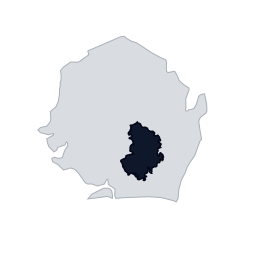 Bo, Southern, Sierra Leone (highlighted), rotated 337°
{"feature_id": "65957751B93581480515289", "entity_name": "Bo", "entity_type": "district", "adm_level": 2, "iso_a3": "SLE", "parent_name": "Sierra Leone", "parent_adm1": "Southern", "projection": "mercator", "projection_center": [-11.769, 7.985], "detail": "fine", "context": "in_parent", "style": "filled", "palette": "ink", "viewbox_px": 256, "rotation_deg": 337, "n_neighbors": 0, "source": "geoboundaries", "source_scale": "gbopen_adm2", "svg_char_len": 7241}
<svg xmlns="http://www.w3.org/2000/svg" viewBox="0 0 256 256"><g transform="rotate(337 128 128)"><path d="M211.7,126.3L211.5,128.0L209.9,136.1L207.4,143.0L205.7,144.7L198.7,146.5L195.7,149.5L193.1,159.4L191.4,167.0L189.0,168.3L178.6,179.5L171.8,183.7L167.1,187.3L162.6,192.0L156.9,196.6L150.9,204.3L146.5,212.4L143.6,214.9L141.4,212.6L131.0,204.7L120.1,199.3L96.9,190.5L89.2,188.0L89.5,184.8L92.2,179.1L87.8,172.3L89.5,167.4L87.8,167.4L84.5,170.3L77.4,169.5L72.7,165.3L68.9,163.7L67.2,161.6L64.8,150.4L63.0,145.4L59.5,142.3L52.3,141.5L49.4,134.7L45.4,129.4L46.1,126.1L49.3,126.3L51.8,128.7L55.9,129.7L60.9,124.0L65.5,120.9L66.5,118.2L65.9,116.7L63.2,119.0L55.7,118.4L53.8,120.5L50.5,121.1L47.9,114.4L48.0,110.5L49.1,106.2L56.7,105.4L57.3,104.0L52.1,103.1L45.5,98.0L44.3,94.6L47.6,93.4L50.7,93.9L53.4,94.6L56.3,93.4L59.1,91.5L60.7,89.1L62.9,82.5L70.0,80.3L74.2,76.3L78.2,70.0L80.0,65.7L81.6,63.5L82.6,61.6L83.4,59.5L85.2,57.6L87.1,53.0L88.3,48.7L92.4,46.7L100.8,44.9L108.3,48.0L120.5,45.3L121.2,41.3L132.3,41.3L145.6,41.2L156.6,41.1L160.4,42.2L161.8,45.2L165.4,49.8L169.2,53.0L173.9,60.0L179.3,68.2L185.2,75.6L189.0,79.6L189.4,81.0L189.2,82.6L187.3,86.4L185.7,90.4L185.9,92.0L187.0,92.7L193.2,94.0L193.7,98.5L193.7,104.8L196.7,110.6L199.6,114.9L199.4,116.4L192.5,123.8L189.7,131.0L188.4,133.1L187.8,134.7L189.2,135.5L191.1,135.0L193.8,135.6L196.4,135.8L199.8,133.2L205.5,126.5L207.4,125.7L211.7,126.3ZM87.0,185.2L86.2,186.6L82.5,183.0L63.3,177.6L68.7,174.8L82.0,173.9L86.0,175.6L87.7,177.0L88.4,179.6L87.0,185.2Z" fill="#d9dde1" stroke="#a8b0b8" stroke-width="1"/><path d="M143.4,172.1L144.1,171.6L144.5,171.2L144.7,170.9L144.7,170.0L145.0,169.6L145.5,169.6L145.7,169.9L146.1,170.0L146.1,170.3L146.3,170.4L146.4,170.6L146.5,170.8L146.6,170.6L146.9,170.5L147.2,170.7L147.3,170.8L147.4,170.3L147.8,170.4L147.9,170.1L148.1,170.3L148.3,169.7L148.4,169.1L148.6,168.9L148.8,168.9L148.6,168.5L148.6,168.3L148.9,168.2L148.7,168.0L148.7,167.9L148.9,167.8L148.7,167.6L149.0,167.3L149.4,167.4L149.5,166.5L149.3,166.4L149.5,166.1L149.5,165.9L149.3,165.9L149.1,165.5L149.0,165.3L148.9,165.2L148.7,164.6L148.6,164.3L148.5,163.9L148.3,163.8L148.2,163.5L147.9,163.5L147.7,163.7L147.4,163.7L147.0,164.1L146.7,164.2L146.7,164.5L146.5,164.8L146.4,165.1L146.0,165.3L145.8,165.4L145.9,165.5L145.7,165.6L145.7,165.8L145.0,165.8L144.7,165.8L144.4,165.6L144.5,165.3L145.0,164.8L144.8,164.5L144.8,164.0L145.1,163.6L145.0,163.2L144.9,163.0L145.3,162.0L145.7,161.3L146.1,161.2L146.6,160.9L146.9,160.6L147.0,160.1L146.8,159.7L146.9,159.4L147.0,159.0L147.2,158.8L147.5,158.7L148.0,158.4L148.2,158.2L148.4,158.4L148.5,158.4L148.6,158.6L148.9,158.7L149.1,158.5L149.6,158.6L150.1,158.5L150.3,158.7L150.5,158.7L150.4,158.3L150.2,158.0L150.1,157.7L150.1,157.1L151.3,156.7L151.8,156.1L152.1,155.8L151.9,155.7L151.8,155.2L151.6,154.9L151.4,153.9L150.5,153.3L150.3,153.0L150.3,152.6L150.4,152.3L150.8,152.1L151.2,152.2L153.0,152.3L153.1,152.2L153.1,151.7L153.2,151.4L153.0,151.1L153.1,150.6L153.2,148.2L153.1,147.9L152.8,147.1L152.7,146.9L152.8,146.6L152.6,146.3L151.9,146.4L151.3,146.2L150.4,146.0L149.6,146.1L149.4,145.8L149.5,145.4L149.4,145.2L149.6,144.9L149.4,144.4L149.8,143.9L150.3,143.5L150.5,143.1L150.6,142.6L150.2,142.4L150.1,141.8L149.6,141.7L149.5,141.4L149.6,141.1L149.6,140.7L148.9,140.5L148.6,140.3L148.1,140.2L147.5,140.3L147.0,139.4L146.1,138.5L145.7,137.5L145.7,136.8L145.8,135.9L145.2,135.1L144.5,134.4L144.0,133.9L142.6,133.6L141.7,133.0L141.4,132.7L141.0,131.2L141.0,129.4L140.6,128.5L140.1,128.0L139.3,127.6L139.0,127.3L139.0,126.4L138.9,126.1L137.8,126.6L137.1,126.8L135.5,126.9L134.5,127.0L133.9,127.1L133.7,127.1L132.9,126.9L132.3,126.8L131.3,126.4L131.1,126.6L131.1,127.0L131.3,127.3L131.2,127.5L131.4,127.8L131.4,128.1L131.2,128.2L131.1,128.3L131.2,128.5L131.1,128.8L130.8,128.8L130.7,128.9L130.8,129.1L130.7,129.3L130.6,129.8L130.3,129.8L130.2,130.0L129.9,130.4L129.9,130.5L129.7,130.9L129.6,130.7L129.4,130.8L129.4,131.0L129.5,131.1L129.4,131.3L129.4,131.2L129.2,131.1L129.2,131.3L129.3,131.4L129.2,131.5L128.8,131.4L128.4,131.6L128.2,131.7L128.0,131.8L127.9,132.0L127.6,132.0L127.2,132.1L126.6,132.5L126.4,132.7L126.3,133.1L126.0,133.4L126.3,134.7L126.3,134.9L126.7,134.7L127.0,134.7L127.2,134.8L127.2,134.6L127.5,134.4L127.8,134.3L128.0,134.5L128.1,135.0L128.2,135.9L128.5,136.6L128.4,137.5L126.8,137.5L125.9,137.6L125.5,137.7L125.2,137.7L125.1,137.8L125.2,138.3L125.3,138.4L126.1,139.0L127.1,139.8L127.0,140.5L127.3,141.0L127.2,142.2L127.2,142.9L127.0,143.6L126.7,143.9L126.9,144.1L126.7,144.1L126.6,144.3L126.4,144.7L126.4,145.0L126.2,144.8L124.8,144.8L124.1,145.1L123.2,145.6L122.6,146.4L122.3,146.9L121.9,147.6L121.3,149.2L120.9,149.7L120.9,149.9L121.0,150.3L121.8,150.8L122.8,151.9L122.7,152.1L122.2,152.7L122.1,153.1L122.1,153.3L122.3,153.5L122.8,153.9L122.3,154.0L122.1,154.2L121.1,153.5L120.2,153.4L119.5,153.2L118.5,153.2L118.1,153.0L117.2,152.8L115.7,152.8L115.4,152.8L115.2,153.0L115.0,153.5L114.2,154.4L113.1,155.0L112.8,155.1L112.6,155.1L112.5,154.8L112.0,154.8L111.8,154.7L111.2,154.7L110.9,154.8L110.6,154.8L109.8,154.9L109.7,155.0L109.2,154.9L109.0,155.0L108.8,155.4L108.6,155.4L108.3,156.0L108.4,156.6L108.5,156.7L108.7,156.9L108.7,157.3L108.8,157.8L108.7,158.6L108.8,158.9L108.6,159.4L108.5,159.6L108.6,160.0L108.7,160.5L108.2,161.2L108.1,161.4L108.0,161.7L108.2,161.9L108.7,162.3L108.7,162.6L108.5,163.3L108.5,163.9L108.6,164.2L108.6,164.8L108.8,164.9L109.0,165.1L109.0,165.3L108.6,165.5L108.8,166.0L108.8,166.3L108.6,166.5L108.7,166.8L109.3,167.5L109.4,168.0L109.8,168.7L110.0,169.0L110.1,169.3L110.2,169.5L110.2,169.8L110.0,170.1L109.8,170.7L109.7,171.1L110.2,171.5L110.4,171.6L111.5,171.0L111.8,170.9L113.4,170.9L113.8,171.1L114.3,171.7L114.6,172.2L115.0,172.8L115.4,172.6L115.7,172.2L116.0,172.1L116.2,172.5L116.6,172.5L116.8,172.5L117.0,173.0L117.5,173.1L117.6,172.9L117.8,173.2L117.8,173.4L117.6,173.9L117.3,174.0L116.6,173.8L116.4,173.8L116.2,173.8L115.9,174.1L115.8,174.3L116.1,175.5L116.3,175.8L116.4,176.3L116.6,176.2L118.2,175.8L118.8,175.8L118.8,176.0L118.3,176.3L117.8,176.9L117.6,177.3L117.1,177.9L116.9,178.3L116.8,178.6L117.0,179.0L117.2,179.4L118.1,179.9L118.7,179.9L119.0,179.9L119.6,179.9L120.4,179.9L120.9,179.6L121.5,180.0L121.9,180.2L122.1,180.5L122.9,181.0L122.2,181.8L121.8,182.1L122.1,182.4L122.6,182.7L122.9,182.7L123.5,182.5L123.9,182.3L124.1,181.2L124.0,180.9L123.6,180.4L123.3,180.0L123.6,179.6L123.9,179.4L124.1,179.4L124.6,179.7L124.8,179.9L125.2,179.9L125.5,180.0L126.0,180.0L126.1,179.9L126.0,179.4L125.7,179.2L125.0,178.7L124.7,178.2L125.1,177.5L125.8,176.8L126.6,176.9L126.9,176.8L127.2,176.5L127.4,176.3L127.8,176.8L129.1,175.9L129.8,174.5L130.1,174.1L130.3,173.9L130.4,173.4L130.6,173.0L130.5,172.8L130.5,172.4L131.1,172.2L131.8,172.3L131.8,172.8L131.6,173.3L131.7,173.7L132.0,174.1L131.6,174.6L131.4,175.0L131.2,175.5L130.6,176.8L130.7,177.2L131.5,178.3L131.7,178.8L132.0,178.9L131.9,178.5L132.0,178.4L132.0,178.2L132.3,178.1L132.4,177.8L132.8,177.5L133.2,176.9L133.2,176.1L133.4,175.9L133.6,175.5L134.0,175.0L134.3,174.4L134.6,174.1L135.7,174.1L135.8,174.0L136.9,174.0L137.6,173.9L138.0,174.2L138.3,174.5L139.1,174.5L139.5,174.4L140.0,173.7L140.1,173.2L140.5,172.5L140.8,172.1L141.5,171.7L142.2,171.7L143.1,172.0L143.4,172.1Z" fill="#0f172a" stroke="#020617" stroke-width="1.5"/></g></svg>